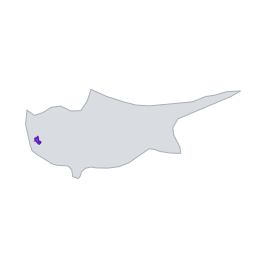 Tsada, Paphos, Cyprus shown in context, rotated 12°
{"feature_id": "46923920B10097570546331", "entity_name": "Tsada", "entity_type": "district", "adm_level": 2, "iso_a3": "CYP", "parent_name": "Cyprus", "parent_adm1": "Paphos", "projection": "robinson", "projection_center": [32.485, 34.834], "detail": "fine", "context": "in_parent", "style": "filled", "palette": "violet", "viewbox_px": 256, "rotation_deg": 12, "n_neighbors": 0, "source": "geoboundaries", "source_scale": "gbopen_adm2", "svg_char_len": 1944}
<svg xmlns="http://www.w3.org/2000/svg" viewBox="0 0 256 256"><g transform="rotate(12 128 128)"><path d="M182.5,135.6L184.9,141.8L174.6,143.7L164.2,144.3L158.4,143.5L153.0,143.9L136.2,161.7L127.1,167.8L116.3,171.5L105.3,173.6L99.8,173.9L95.0,176.1L91.6,180.3L91.5,184.3L90.0,187.7L84.0,187.0L81.5,180.4L77.2,177.6L66.5,179.1L61.3,178.9L44.2,172.7L39.0,170.2L35.8,164.9L27.0,145.7L25.5,131.5L33.7,135.1L41.4,130.7L48.8,123.6L57.5,120.6L63.0,121.9L68.5,123.2L78.2,120.9L82.5,110.2L83.8,98.0L100.4,101.5L117.2,103.3L130.9,103.9L144.4,101.9L185.8,88.9L197.5,81.0L204.8,78.4L217.3,71.9L230.5,68.3L222.1,75.8L174.9,108.7L171.8,118.5L174.0,125.2L180.7,133.4L182.5,135.6Z" fill="#d9dde1" stroke="#a8b0b8" stroke-width="1"/><path d="M39.5,157.1L39.4,157.2L39.3,157.3L39.2,157.4L39.2,157.6L39.3,157.6L39.6,157.5L39.6,157.8L39.6,158.0L39.4,158.3L39.4,158.6L39.5,158.7L39.8,158.7L39.8,158.8L39.9,159.0L40.2,159.1L40.1,159.3L40.2,159.5L40.0,159.8L40.4,159.7L40.5,159.6L40.9,159.6L41.0,159.6L41.1,159.9L41.3,159.9L41.4,160.0L41.5,160.2L41.7,160.3L41.8,160.5L42.1,160.6L42.2,160.8L42.4,160.9L42.4,161.1L42.5,161.1L42.8,161.3L43.0,161.4L43.2,161.5L43.3,161.7L43.6,161.7L43.8,161.8L43.8,162.0L44.1,162.2L44.4,162.2L44.6,162.0L44.6,161.8L44.6,161.6L44.6,161.4L44.8,161.4L44.9,161.2L45.0,161.2L45.3,161.1L45.3,160.9L45.2,160.7L44.9,160.6L45.1,160.5L45.1,160.4L45.2,160.2L45.3,160.2L45.6,160.1L45.6,159.9L45.4,159.7L45.2,159.7L44.9,159.5L44.6,159.6L44.4,159.7L44.1,159.8L44.1,159.7L43.9,159.6L43.7,159.5L43.6,159.4L43.4,159.4L43.3,159.1L43.3,158.9L43.1,158.9L42.9,158.7L42.7,158.3L42.6,158.1L42.7,157.8L42.7,157.7L42.6,157.4L42.5,157.1L42.5,156.9L42.3,156.7L42.0,156.4L42.0,156.0L42.0,155.9L42.0,155.7L41.9,155.5L41.7,155.5L41.5,155.4L41.4,155.3L41.3,155.5L41.2,155.7L41.2,155.8L41.0,156.0L40.9,156.1L40.8,156.4L40.8,156.5L40.7,156.7L40.7,156.8L40.4,157.0L40.1,156.9L39.9,156.9L39.7,157.0L39.5,157.1Z" fill="#8b5cf6" stroke="#5b21b6" stroke-width="1.5"/></g></svg>